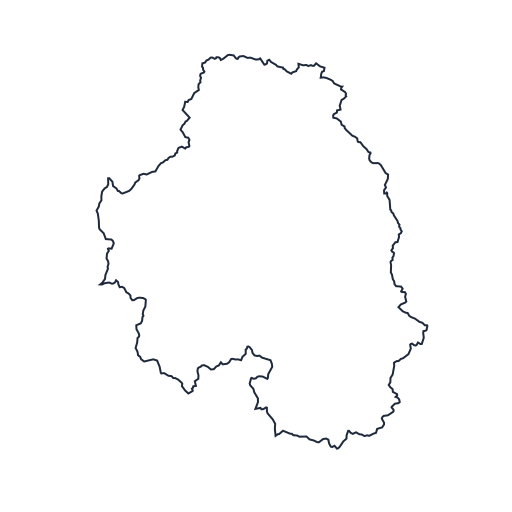 Yauyos, Lima, Peru (Mercator projection), rotated 351°
{"feature_id": "86281439B83806750890504", "entity_name": "Yauyos", "entity_type": "district", "adm_level": 2, "iso_a3": "PER", "parent_name": "Peru", "parent_adm1": "Lima", "projection": "mercator", "projection_center": [-75.885, -12.522], "detail": "fine", "context": "isolated", "style": "outline", "palette": "slate", "viewbox_px": 512, "rotation_deg": 351, "n_neighbors": 0, "source": "geoboundaries", "source_scale": "gbopen_adm2", "svg_char_len": 6080}
<svg xmlns="http://www.w3.org/2000/svg" viewBox="0 0 512 512"><g transform="rotate(351 256 256)"><path d="M247.2,436.7L249.7,435.4L251.0,435.5L255.3,432.8L261.8,436.8L263.7,437.3L264.7,438.8L268.7,439.8L270.4,441.2L277.6,442.2L280.2,445.5L284.3,447.3L287.4,449.5L289.0,449.8L293.6,447.3L296.7,447.3L298.7,448.7L298.9,452.6L300.0,455.9L301.4,456.6L303.8,455.7L305.9,459.0L307.2,458.7L309.1,457.3L313.1,452.9L316.8,450.5L317.5,447.1L319.7,443.1L320.6,443.3L321.7,445.3L323.7,446.8L327.2,445.8L330.2,448.2L332.6,448.9L334.9,450.8L337.7,450.5L339.8,451.3L344.0,449.9L346.9,449.4L348.6,445.7L353.8,445.0L356.1,442.4L356.4,440.7L354.8,436.3L355.6,434.9L357.0,433.9L361.3,434.0L366.8,431.5L367.7,430.7L367.7,429.2L366.2,426.8L366.5,426.1L370.1,423.6L373.6,423.6L375.1,422.8L375.0,420.2L374.4,419.0L373.4,417.8L371.9,417.0L373.6,415.8L373.7,414.5L369.9,411.6L370.1,408.9L368.1,406.6L366.9,404.1L368.9,401.8L369.8,397.4L372.4,394.5L375.4,385.9L375.6,383.0L378.6,381.8L380.3,382.1L383.0,380.3L385.2,380.0L391.2,376.8L394.4,371.7L394.4,367.7L394.9,367.2L396.4,366.9L398.3,368.9L399.8,369.4L400.9,368.8L402.4,366.8L404.7,368.7L406.0,368.8L408.9,363.0L409.1,358.2L409.6,356.4L412.0,356.3L412.9,355.7L414.3,352.0L414.1,351.2L411.9,350.8L409.9,348.0L407.1,346.6L403.2,342.7L399.6,340.6L397.9,338.9L396.9,336.0L395.1,335.5L392.2,333.5L388.7,328.8L391.5,326.5L396.0,325.4L397.3,324.5L396.9,319.6L398.1,316.8L397.4,315.0L394.4,314.4L393.8,313.7L395.7,311.2L394.5,308.9L389.6,307.7L388.4,305.3L388.5,302.6L387.5,300.3L387.4,295.7L386.6,293.4L388.0,286.3L387.9,283.3L388.4,282.2L390.3,281.3L390.5,278.9L391.7,277.7L392.6,275.4L392.7,274.4L390.9,272.7L390.6,271.6L392.5,269.7L392.6,267.3L395.8,264.2L397.9,264.4L400.2,259.7L400.4,257.1L402.7,256.1L403.8,254.4L402.8,252.2L403.0,251.0L401.9,249.4L402.6,247.5L401.4,245.6L401.3,243.7L398.6,237.6L398.2,235.4L396.8,233.9L396.6,232.0L395.9,231.1L396.7,221.5L395.0,217.3L395.4,214.3L395.1,213.8L394.1,214.6L392.4,214.3L392.8,211.0L395.1,208.7L394.4,206.0L398.2,200.6L399.2,196.2L397.0,194.4L393.5,185.7L392.0,183.9L390.9,183.3L386.1,182.6L384.5,181.4L383.2,179.2L383.0,177.3L383.9,174.1L385.2,172.5L385.2,171.7L383.4,171.0L381.9,167.7L379.1,164.3L376.9,159.9L375.1,159.6L374.4,158.8L374.3,155.6L372.4,153.7L370.0,152.3L364.7,145.5L363.6,143.5L363.7,141.9L361.1,139.8L360.8,136.5L357.2,132.7L354.0,131.5L354.2,129.3L355.0,128.1L358.3,127.0L358.8,124.9L362.4,124.6L362.2,120.6L365.0,115.2L367.3,114.4L370.1,112.4L369.7,111.2L370.3,109.8L369.6,108.0L366.0,104.8L366.5,103.3L367.6,102.2L366.4,102.0L360.1,97.7L359.2,95.3L357.5,93.7L353.3,91.1L350.5,90.1L347.8,90.0L349.1,85.9L350.2,84.3L352.0,84.0L353.1,80.8L348.9,78.7L345.5,75.1L343.0,77.2L341.3,76.9L340.2,76.1L337.3,76.5L335.6,75.2L332.3,75.0L328.0,72.8L327.7,76.5L325.6,78.1L324.6,79.7L320.8,80.3L319.3,81.5L315.3,78.5L313.4,75.9L312.3,75.5L312.2,74.2L306.8,72.1L305.6,70.3L301.3,66.8L299.7,64.2L297.8,64.9L296.9,67.6L294.7,68.5L294.1,68.2L291.0,61.5L289.3,62.2L286.4,61.9L281.5,59.2L278.6,59.0L274.8,56.5L271.0,56.4L269.6,57.2L269.2,58.2L268.3,58.4L267.2,57.8L265.3,54.4L261.2,53.1L259.6,53.2L254.8,55.9L251.9,56.9L251.1,54.6L249.8,53.8L248.0,53.5L247.5,54.4L246.1,54.8L243.8,53.1L242.1,53.0L239.9,54.6L237.7,55.1L235.9,57.0L233.2,57.3L232.3,60.5L233.1,61.9L232.9,63.8L233.9,65.8L233.3,66.6L230.1,67.3L229.4,68.0L229.0,69.7L229.6,71.4L228.3,73.9L228.4,75.6L226.2,77.3L225.4,80.2L225.5,83.1L220.5,85.4L216.7,90.8L213.8,91.5L212.6,93.2L210.2,92.6L208.4,97.4L206.3,100.3L212.1,109.0L208.9,111.7L207.4,112.2L206.1,114.1L204.0,115.4L201.2,119.4L203.0,122.4L204.8,127.5L207.6,128.6L207.8,129.1L208.4,130.9L207.2,133.1L207.4,137.1L207.0,137.5L204.0,137.8L202.9,138.8L199.9,136.4L196.4,137.1L194.5,140.1L194.3,141.5L192.4,142.1L191.5,144.0L189.1,144.8L186.8,144.6L184.8,145.6L183.6,147.1L181.3,147.3L178.8,149.0L176.6,149.5L173.6,152.0L169.9,156.7L166.5,156.7L160.7,158.4L157.9,157.2L153.6,158.0L153.1,158.6L153.0,161.2L151.8,162.8L148.3,164.5L147.0,166.6L143.4,170.2L140.8,171.9L133.9,173.4L132.7,172.8L130.9,170.4L129.7,170.1L128.7,167.4L125.8,164.6L125.8,160.2L123.2,156.2L122.1,156.1L121.3,161.9L119.7,164.4L116.9,165.7L114.1,168.3L112.6,172.8L112.0,176.9L109.5,179.6L108.4,182.7L105.6,186.2L106.4,189.4L106.3,196.1L105.4,203.5L105.8,205.2L109.1,209.7L110.3,215.8L115.7,217.1L117.0,218.7L117.5,221.3L114.5,226.2L111.5,225.4L110.9,225.7L111.4,227.9L109.2,230.4L108.0,235.2L109.1,238.0L109.1,240.6L107.7,243.5L107.8,245.4L104.3,251.2L103.3,255.0L99.9,258.5L97.7,259.7L99.5,260.1L102.3,259.2L106.7,259.2L109.3,260.8L110.5,260.9L112.5,260.1L114.0,258.1L115.7,260.2L115.6,262.2L116.5,265.5L118.9,265.5L120.8,267.0L122.3,271.6L124.3,273.1L125.8,275.4L125.5,277.7L126.9,280.3L128.5,280.5L132.0,279.0L134.3,278.9L138.0,279.9L140.1,281.5L140.3,282.4L138.8,288.6L136.2,292.2L135.0,295.9L135.5,297.4L134.3,298.6L133.4,302.1L131.7,304.5L126.9,305.7L126.5,309.6L128.2,314.4L128.2,316.6L127.4,317.7L126.2,318.4L125.1,322.9L122.7,328.0L124.0,332.0L124.0,335.6L125.8,337.4L126.4,340.0L129.0,342.7L138.3,342.0L142.0,343.8L143.5,350.3L143.7,356.1L144.1,357.2L146.9,357.3L150.8,360.6L153.7,361.4L155.2,363.6L157.0,363.9L159.6,365.7L162.8,369.6L163.2,370.6L162.5,372.9L164.9,377.7L167.7,381.2L172.2,379.5L172.5,378.7L171.9,377.1L173.1,376.3L173.6,374.9L176.3,374.9L176.0,370.1L179.8,368.3L180.5,364.8L180.1,360.9L180.9,358.1L181.6,357.4L184.3,356.6L185.2,355.7L187.6,355.7L191.0,357.9L193.7,361.0L196.7,361.2L199.3,359.0L202.3,358.2L204.7,355.5L206.2,357.8L210.6,357.9L212.9,356.7L215.3,353.9L216.4,353.8L219.5,355.0L222.1,355.3L225.0,356.6L226.9,353.4L230.5,351.1L231.2,346.8L232.5,346.0L233.3,344.2L234.4,344.2L235.5,345.1L237.3,348.3L237.4,351.1L238.9,353.9L241.2,354.9L243.9,355.0L246.0,357.3L254.0,361.2L254.8,364.9L254.7,368.0L249.6,374.6L248.7,378.2L247.9,379.1L243.7,376.1L240.4,375.3L238.5,375.5L236.6,376.9L234.1,376.8L232.7,375.7L232.0,376.0L229.8,381.0L230.1,382.9L232.6,386.7L233.0,390.4L235.6,396.9L235.1,400.6L231.5,406.9L236.7,406.7L237.3,408.2L239.2,408.4L242.3,407.1L243.0,407.5L242.5,411.2L242.8,413.2L247.0,420.0L248.7,424.8L247.6,429.4L247.2,436.7Z" fill="none" stroke="#1e293b" stroke-width="2"/></g></svg>